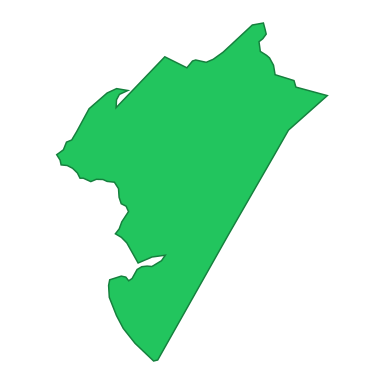 the district of Três Cachoeiras, Rio Grande do Sul, Brazil
{"feature_id": "56859067B71322436842638", "entity_name": "Três Cachoeiras", "entity_type": "district", "adm_level": 2, "iso_a3": "BRA", "parent_name": "Brazil", "parent_adm1": "Rio Grande do Sul", "projection": "equal_earth", "projection_center": [-49.987, -29.489], "detail": "fine", "context": "isolated", "style": "filled", "palette": "green", "viewbox_px": 384, "rotation_deg": 0, "n_neighbors": 0, "source": "geoboundaries", "source_scale": "gbopen_adm2", "svg_char_len": 1061}
<svg xmlns="http://www.w3.org/2000/svg" viewBox="0 0 384 384"><path d="M327.3,95.6L295.9,87.1L294.0,80.6L275.1,74.7L273.5,65.2L269.5,57.9L266.5,55.3L260.3,51.4L259.0,41.7L262.8,38.7L266.2,34.1L265.1,29.4L263.4,23.0L252.3,25.0L229.0,46.7L223.2,52.1L213.2,59.3L206.2,62.3L195.7,60.0L192.5,61.0L186.9,67.8L164.8,56.8L119.2,104.4L116.1,107.7L116.5,99.8L119.4,94.4L127.8,90.5L116.6,88.6L107.1,93.0L89.1,108.7L76.7,131.6L71.7,140.0L66.5,142.1L63.4,149.8L56.7,154.7L60.1,160.1L61.1,164.9L67.2,165.5L72.6,168.3L77.4,173.0L80.0,178.2L83.3,178.2L90.8,181.6L96.3,179.3L103.0,179.5L107.1,181.4L114.4,182.2L118.5,188.6L119.1,197.3L121.2,203.7L126.1,206.2L128.5,211.6L121.8,221.8L119.2,228.9L115.4,233.8L121.3,237.3L126.8,242.9L138.1,263.0L152.0,257.0L165.3,255.2L161.5,260.7L151.9,266.5L147.1,266.1L141.8,266.7L137.1,269.5L132.1,278.5L128.7,280.8L125.8,277.1L121.3,276.1L109.7,279.8L108.6,285.5L109.3,297.4L116.5,315.6L123.3,328.5L135.1,343.4L153.6,361.0L157.7,360.0L228.4,234.7L275.1,153.6L288.5,130.1L327.3,95.6Z" fill="#22c55e" stroke="#15803d" stroke-width="1.5"/></svg>